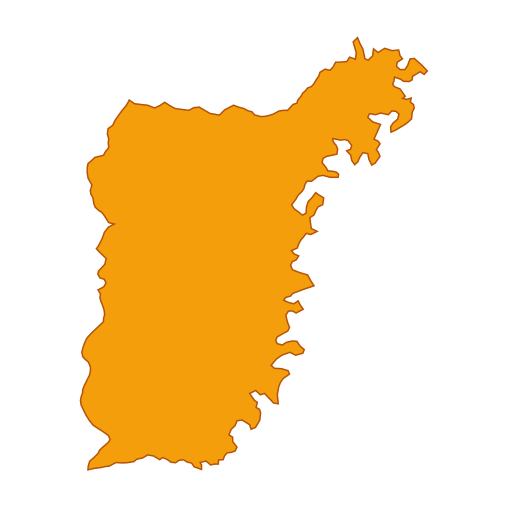 Clevelândia, Paraná, Brazil (Natural Earth projection), rotated 84°
{"feature_id": "56859067B10537536811182", "entity_name": "Clevelândia", "entity_type": "district", "adm_level": 2, "iso_a3": "BRA", "parent_name": "Brazil", "parent_adm1": "Paraná", "projection": "natural_earth1", "projection_center": [-52.368, -26.309], "detail": "fine", "context": "isolated", "style": "filled", "palette": "amber", "viewbox_px": 512, "rotation_deg": 84, "n_neighbors": 0, "source": "geoboundaries", "source_scale": "gbopen_adm2", "svg_char_len": 4742}
<svg xmlns="http://www.w3.org/2000/svg" viewBox="0 0 512 512"><g transform="rotate(84 256 256)"><path d="M294.2,212.6L291.7,201.4L286.5,204.1L280.2,206.7L277.1,214.2L273.5,221.2L268.8,222.6L265.4,220.5L264.2,216.6L260.4,213.5L257.8,218.0L254.3,220.1L252.4,214.1L248.7,212.4L244.6,209.6L242.4,207.1L238.7,203.6L240.4,199.4L237.9,192.6L234.5,198.1L231.1,198.3L223.5,198.4L221.3,194.1L216.1,191.1L213.6,189.0L212.0,184.3L205.3,182.6L201.7,187.3L199.2,190.0L203.8,194.2L207.2,198.3L212.4,200.7L218.6,201.7L220.2,205.5L216.6,209.2L212.8,213.3L208.8,215.2L203.8,210.5L199.9,207.7L196.7,203.6L194.1,201.4L189.7,199.7L186.9,197.5L187.4,192.8L183.2,186.0L182.8,181.0L185.5,174.0L186.3,166.1L183.4,165.3L181.0,167.3L179.7,171.0L178.9,175.6L175.5,177.0L170.0,180.5L165.8,179.0L164.3,175.3L163.2,164.9L158.1,163.6L154.5,164.7L150.4,167.3L147.2,167.4L149.6,160.0L149.5,155.4L150.9,152.3L156.1,149.3L159.7,150.8L160.9,154.9L165.5,151.3L170.9,150.8L175.5,148.3L173.0,144.9L168.7,142.5L164.4,138.9L165.9,134.1L171.6,133.6L177.7,131.4L176.1,127.8L169.9,122.3L165.6,123.5L162.8,125.2L157.4,120.9L154.4,122.7L152.1,126.4L138.2,118.4L134.8,125.9L129.8,130.3L126.3,128.3L128.0,122.2L126.8,117.4L129.3,109.6L126.0,105.8L126.8,101.6L129.9,99.0L134.8,100.9L138.0,105.7L141.5,108.6L147.0,108.8L145.1,103.3L140.5,93.6L137.9,89.6L135.9,87.0L129.3,85.6L125.5,83.2L121.8,83.5L119.1,86.4L115.1,85.1L116.0,89.6L114.6,93.6L112.7,90.9L104.9,95.3L102.0,100.8L99.1,102.1L96.5,100.5L92.6,99.5L95.4,93.5L97.7,91.1L98.5,85.3L97.1,82.3L93.6,81.5L92.1,78.1L89.9,73.5L93.0,69.8L89.9,66.3L83.8,70.9L76.1,77.9L76.1,82.2L82.6,85.4L86.1,88.4L85.7,93.2L82.2,96.4L78.2,95.4L75.2,89.7L71.9,91.8L66.0,92.6L66.0,99.2L62.9,106.3L66.4,113.3L62.3,117.5L69.2,119.1L73.0,124.0L71.1,127.1L61.7,128.0L55.0,130.6L49.4,132.2L53.3,137.0L64.5,135.0L70.7,136.6L68.0,142.1L72.1,145.3L72.0,151.8L71.6,156.6L76.0,159.5L79.0,163.0L77.4,167.8L80.0,173.2L83.6,174.7L86.8,177.5L91.0,180.7L93.4,183.4L94.3,187.1L96.7,189.4L99.0,192.6L101.8,194.5L105.4,198.2L108.4,199.4L109.1,203.3L114.5,209.5L114.0,213.3L114.2,218.0L116.7,223.9L117.6,228.4L118.1,232.8L117.8,236.8L115.5,242.7L112.1,245.0L110.9,248.5L107.9,253.0L106.2,257.6L103.7,262.6L107.4,271.9L112.1,277.7L110.6,282.5L109.5,286.7L102.0,296.9L102.0,302.4L104.1,307.6L101.0,320.7L98.5,324.6L93.6,330.8L96.2,335.6L98.2,341.4L94.8,347.8L91.9,360.8L87.6,365.8L90.2,367.4L93.6,370.1L97.6,374.3L106.2,381.9L111.1,384.9L113.9,389.8L119.2,391.1L124.2,390.2L127.8,391.1L132.8,391.1L136.8,395.1L139.9,397.1L141.1,405.8L144.1,409.8L146.5,413.4L150.4,414.6L156.0,415.2L161.3,414.8L168.3,411.8L173.8,414.0L177.4,413.7L180.9,412.1L187.2,411.8L190.8,410.7L193.8,408.1L196.5,404.9L199.3,403.0L207.4,399.0L209.4,393.6L211.8,399.7L216.6,404.3L222.5,407.1L229.7,411.8L232.1,414.0L235.9,411.1L242.9,405.2L248.5,407.3L254.6,414.3L257.6,415.2L261.5,413.5L263.3,409.3L267.1,408.0L270.8,410.7L273.2,416.7L277.6,414.6L280.9,415.6L284.8,415.0L288.6,413.9L293.9,412.7L298.5,412.7L302.1,414.1L305.4,414.6L308.2,418.2L311.8,422.9L315.6,427.8L318.4,431.1L320.7,433.3L324.8,435.7L328.5,437.4L333.4,439.3L338.1,438.8L340.7,436.9L344.1,433.7L349.5,432.2L353.9,432.9L357.3,434.2L360.3,436.1L363.9,438.4L367.6,440.7L370.7,442.3L373.7,442.7L377.8,444.6L381.4,445.7L385.9,445.5L391.5,443.5L396.0,441.9L398.7,440.6L402.2,438.9L407.2,435.7L410.3,432.0L413.6,427.8L419.0,421.6L423.2,420.3L425.6,422.0L427.5,424.6L430.4,428.8L432.8,431.9L435.8,433.7L439.6,438.3L442.7,442.9L447.5,444.8L451.1,445.5L450.3,438.9L450.2,432.9L449.6,427.7L449.7,424.2L446.8,416.9L447.8,410.7L448.1,405.4L447.7,398.8L445.7,396.0L445.0,389.8L442.5,384.5L444.2,378.7L448.5,373.0L446.7,370.0L448.9,365.8L452.2,362.1L453.2,357.6L451.1,353.8L451.1,349.5L453.9,345.7L455.2,341.7L459.2,339.5L462.6,332.5L458.2,332.0L455.5,333.1L454.7,327.1L459.1,323.0L458.6,319.3L459.0,315.2L455.0,314.6L455.1,309.9L451.5,308.2L448.8,305.4L448.7,300.9L447.7,297.1L444.1,294.9L438.2,298.5L433.7,298.2L431.0,301.6L425.7,298.7L422.6,294.6L417.9,292.1L417.6,287.1L423.1,280.0L427.8,279.0L426.5,274.5L423.9,272.5L419.7,269.4L415.5,268.5L412.7,267.8L409.0,268.5L406.6,271.7L401.7,270.0L399.4,272.6L392.1,276.7L389.7,270.4L394.5,266.2L393.6,261.9L404.1,253.8L405.3,249.3L399.4,249.3L396.1,249.3L388.3,247.0L384.1,244.8L380.7,241.8L376.9,235.0L373.4,236.1L370.7,242.5L369.6,249.5L366.3,252.4L360.3,246.1L357.2,240.3L355.3,232.3L358.8,227.0L357.6,219.6L354.1,217.8L350.4,221.4L345.1,224.3L344.3,229.2L345.1,234.8L347.3,239.3L345.3,244.2L341.9,245.1L338.7,243.5L336.7,238.9L334.0,232.3L330.6,230.1L324.7,231.7L318.0,232.5L314.2,229.5L314.5,225.4L316.9,222.1L315.2,217.9L313.9,214.6L309.2,217.2L305.0,218.8L307.5,223.3L305.5,228.7L302.9,233.1L300.4,230.9L299.4,225.7L297.1,223.5L294.2,212.6Z" fill="#f59e0b" stroke="#b45309" stroke-width="1.5"/></g></svg>